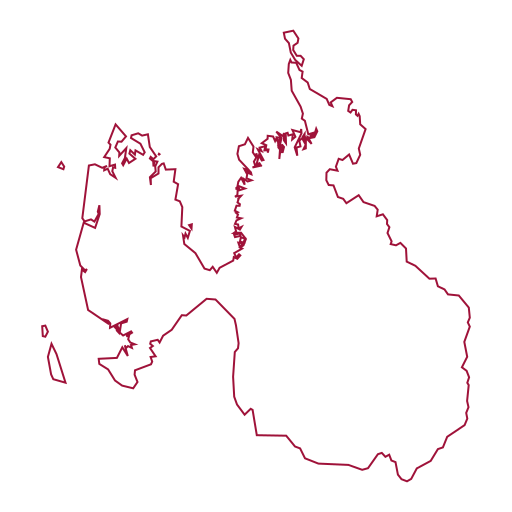 Ambanja, Diana, Madagascar (Equal Earth projection)
{"feature_id": "10022922B10293113814705", "entity_name": "Ambanja", "entity_type": "district", "adm_level": 2, "iso_a3": "MDG", "parent_name": "Madagascar", "parent_adm1": "Diana", "projection": "equal_earth", "projection_center": [48.458, -13.784], "detail": "fine", "context": "isolated", "style": "outline", "palette": "rose", "viewbox_px": 512, "rotation_deg": 0, "n_neighbors": 0, "source": "geoboundaries", "source_scale": "gbopen_adm2", "svg_char_len": 6073}
<svg xmlns="http://www.w3.org/2000/svg" viewBox="0 0 512 512"><path d="M295.0,446.5L300.1,448.4L305.0,458.3L318.4,463.6L348.4,464.9L362.2,469.8L368.0,468.2L377.9,454.2L381.8,452.9L385.4,456.8L389.2,454.7L391.4,460.5L395.5,462.1L397.9,474.6L401.5,479.2L407.0,481.3L411.2,478.9L416.8,468.4L430.7,460.9L437.9,449.1L442.9,447.4L447.2,436.8L464.6,425.1L467.3,418.6L466.2,412.9L468.5,407.2L467.1,401.0L468.7,385.1L467.3,382.8L469.1,377.3L466.6,370.8L461.9,367.3L467.2,356.8L464.3,341.9L469.8,326.6L467.8,322.4L469.8,317.7L468.8,307.6L458.8,295.5L448.0,294.4L444.5,289.4L437.9,286.3L435.6,278.5L429.4,278.7L415.4,265.8L406.7,261.6L406.0,248.5L400.4,242.9L396.0,245.3L390.7,244.1L391.6,241.3L387.5,233.0L389.4,227.2L387.0,224.0L387.2,220.1L382.9,214.3L376.7,216.3L377.7,209.7L374.6,205.9L363.5,202.1L358.7,195.2L346.4,203.2L343.2,198.8L337.9,197.0L333.5,185.4L328.7,185.0L326.3,180.2L326.5,172.7L329.8,169.2L337.5,170.7L335.9,166.7L338.7,158.8L342.5,160.0L349.1,154.5L353.0,163.7L356.3,163.1L360.2,154.8L358.8,148.5L365.6,129.1L360.2,124.3L359.7,116.2L358.6,113.8L357.5,115.8L355.9,114.4L356.0,110.3L352.5,109.8L350.5,112.5L348.2,110.9L349.1,105.3L352.2,102.0L350.7,99.2L336.9,97.8L330.7,102.4L332.4,106.2L329.3,104.9L326.7,98.9L309.8,89.0L307.7,82.5L301.7,78.0L302.6,71.6L299.5,70.0L296.2,62.8L291.5,62.5L290.3,59.9L288.8,64.0L288.2,72.9L290.9,79.9L291.7,90.7L300.6,106.6L302.9,113.6L301.8,118.6L304.9,120.8L308.3,134.3L315.1,132.3L316.2,128.7L317.3,131.3L314.4,137.2L310.2,138.0L307.9,137.1L311.6,143.9L305.9,137.8L305.8,148.4L303.5,149.2L305.7,144.7L302.1,138.2L299.3,140.7L300.5,146.4L296.5,147.5L297.3,155.7L294.7,147.3L301.5,133.3L301.2,129.0L300.5,132.2L292.4,130.0L295.4,136.8L292.2,139.5L292.8,134.3L288.4,135.5L287.6,132.8L285.7,133.4L286.0,143.3L283.9,140.3L284.0,133.0L283.0,136.1L276.3,131.6L281.5,138.0L279.8,145.6L282.3,145.0L284.0,147.0L282.7,152.1L280.1,152.2L279.3,159.0L280.0,149.5L278.4,147.5L278.1,142.1L276.0,139.1L275.1,141.1L273.1,136.5L267.7,135.8L267.6,138.8L261.8,143.2L266.3,145.2L265.5,149.3L268.5,149.5L267.9,152.6L267.5,150.2L264.4,150.4L265.3,146.2L259.7,147.6L261.5,151.0L257.7,149.2L263.5,160.0L261.8,160.5L258.9,155.5L256.5,164.4L259.4,163.2L261.6,166.5L259.4,163.8L257.7,165.3L259.9,165.9L252.5,167.5L255.4,166.2L253.9,161.6L257.1,156.1L256.4,153.3L255.9,156.9L252.8,152.3L253.5,146.6L248.0,137.9L244.9,144.3L238.9,146.2L237.4,153.9L239.1,159.7L248.7,169.9L248.1,171.9L249.8,171.2L250.9,172.3L251.4,174.3L247.6,172.7L247.3,169.7L244.2,168.8L247.2,174.4L246.5,178.3L251.5,180.3L247.7,181.5L243.6,178.8L244.7,184.7L241.1,177.8L238.3,181.8L237.6,185.6L244.9,188.5L237.6,190.8L237.4,195.0L235.0,196.7L241.2,195.7L237.6,199.6L238.6,199.0L237.5,202.4L239.9,204.2L239.6,205.8L236.5,205.7L234.8,210.7L237.7,212.2L236.1,212.9L238.0,214.5L236.9,217.5L241.1,218.3L236.5,220.4L235.0,223.9L238.1,224.5L238.6,228.3L241.5,226.9L239.9,229.6L234.9,226.9L236.1,231.4L234.0,232.9L241.0,232.7L245.9,239.0L243.5,245.3L240.1,247.6L242.1,248.6L234.2,253.1L236.2,257.5L239.0,254.3L240.3,255.4L237.3,258.8L233.8,257.1L233.2,260.6L219.6,267.8L216.8,272.8L212.7,266.8L209.8,270.2L204.5,268.6L195.4,253.1L184.3,244.0L183.0,235.3L184.6,237.3L185.5,233.6L187.8,237.9L189.9,230.9L181.4,226.5L182.3,207.1L179.8,201.3L175.4,199.6L178.1,184.2L173.7,181.7L175.4,169.2L165.8,169.6L163.7,163.4L161.9,163.9L158.5,167.3L158.5,173.5L150.7,178.2L150.9,185.0L149.9,177.2L155.7,171.5L155.2,166.4L157.4,161.6L154.4,161.1L153.5,166.5L153.2,161.3L149.9,158.5L150.7,156.9L153.4,159.2L156.2,156.4L149.8,147.0L147.9,134.3L142.1,135.6L138.2,133.3L131.6,135.3L131.0,138.0L140.4,143.7L144.7,152.3L143.1,154.8L135.5,150.4L134.9,154.6L130.3,150.2L129.4,153.6L135.4,158.8L129.0,163.0L126.7,158.6L123.2,165.2L122.1,163.3L124.9,158.0L126.3,148.1L119.2,155.9L119.4,152.5L115.3,147.5L117.9,141.5L121.5,141.7L126.0,136.4L115.6,124.4L108.5,142.6L110.5,144.7L109.7,148.8L104.2,157.1L109.8,158.3L109.5,166.2L115.0,164.6L115.2,167.8L113.1,167.3L112.3,171.2L115.6,177.8L110.2,174.2L107.7,168.7L104.2,170.3L104.4,167.4L107.0,165.9L102.2,167.8L94.9,164.3L88.9,165.5L82.3,218.2L84.6,221.4L91.0,219.4L94.4,221.6L98.7,213.9L97.8,211.7L99.4,205.2L99.7,214.1L95.1,227.9L83.7,222.7L76.1,249.7L80.3,265.5L85.1,270.4L86.9,269.1L85.1,272.1L81.9,269.6L81.0,277.1L88.1,310.0L109.1,324.2L105.3,320.0L108.1,320.8L110.3,323.4L110.0,327.8L127.3,319.1L126.7,321.7L121.1,323.4L119.7,332.5L123.1,335.5L131.1,331.4L132.0,332.7L126.3,336.2L129.0,336.0L128.2,339.3L130.3,342.5L134.8,344.3L131.0,345.0L131.9,347.9L128.0,346.1L126.1,348.0L124.8,345.3L127.8,356.0L122.3,347.3L116.9,357.9L98.7,358.8L99.3,363.9L108.1,369.4L115.0,380.5L122.1,385.6L133.2,388.3L137.5,382.0L134.6,374.7L135.0,370.3L151.0,364.3L152.2,361.6L150.6,357.0L155.6,356.3L150.0,348.0L152.8,346.0L150.2,343.8L150.8,341.4L157.7,339.8L159.6,342.5L163.1,335.7L171.7,329.8L181.8,315.2L186.3,315.5L206.6,298.8L215.5,299.5L234.5,318.9L236.0,325.5L238.6,343.2L238.0,348.3L234.8,352.0L233.1,376.8L234.2,396.7L237.0,404.5L244.6,414.7L250.7,408.8L252.6,409.9L256.8,435.2L286.2,435.7L295.0,446.5ZM65.5,382.7L56.5,354.1L51.5,343.8L47.9,356.9L51.1,374.4L53.3,379.2L65.5,382.7ZM293.3,30.7L283.8,32.7L285.0,38.7L288.9,43.1L290.8,52.6L295.2,59.9L301.7,65.8L303.8,59.2L300.6,55.8L296.8,55.8L293.2,50.0L293.5,45.6L297.6,42.8L298.4,38.5L293.3,30.7ZM45.3,336.7L47.9,331.7L45.3,325.6L42.2,326.2L42.8,336.1L45.3,336.7ZM243.6,242.4L245.0,238.2L240.8,237.6L239.9,241.8L243.6,242.4ZM64.2,166.6L61.3,162.1L58.0,167.1L63.4,169.2L64.2,166.6ZM238.3,242.6L239.6,246.4L243.6,243.5L238.3,242.6ZM240.5,235.9L239.7,233.5L234.2,234.8L235.0,237.1L240.5,235.9ZM283.1,147.6L279.2,146.6L282.1,150.6L283.1,147.6ZM309.8,136.1L314.1,136.0L315.5,133.7L309.8,136.1ZM191.5,228.6L191.8,224.3L189.1,225.1L191.5,228.6ZM276.7,137.3L277.1,139.1L279.1,141.5L280.0,137.8L276.7,137.3ZM118.9,332.8L119.0,329.1L118.0,327.1L116.8,330.5L118.9,332.8ZM304.6,139.3L304.5,136.4L304.6,133.9L302.7,136.8L304.6,139.3ZM114.2,326.5L116.4,328.9L117.2,326.0L114.2,326.5ZM239.3,189.2L238.2,186.3L236.3,187.9L236.4,188.9L239.3,189.2ZM158.4,155.1L159.5,154.2L159.0,153.8L158.4,155.1Z" fill="none" stroke="#9f1239" stroke-width="2"/></svg>